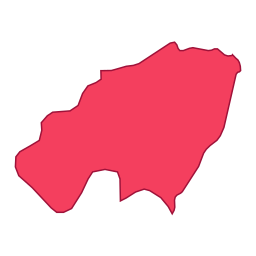 map outline of Bijeljina (Natural Earth projection)
{"feature_id": "BIH-4804", "entity_name": "Bijeljina", "entity_type": "state/province", "adm_level": 1, "iso_a3": "BIH", "parent_name": "Bosnia and Herzegovina", "parent_adm1": "", "projection": "natural_earth1", "projection_center": [19.107, 44.733], "detail": "fine", "context": "isolated", "style": "filled", "palette": "rose", "viewbox_px": 256, "rotation_deg": 0, "n_neighbors": 0, "source": "natural_earth", "source_scale": "10m", "svg_char_len": 1056}
<svg xmlns="http://www.w3.org/2000/svg" viewBox="0 0 256 256"><path d="M100.9,70.7L111.4,70.5L115.1,69.5L126.2,66.3L133.4,65.4L139.0,63.6L170.2,43.1L174.6,42.2L176.8,44.8L178.1,48.5L179.8,50.6L183.3,50.6L189.5,48.3L192.9,47.7L208.3,50.6L211.5,50.2L214.4,48.9L217.5,48.9L224.5,54.9L227.9,56.0L231.5,55.6L232.4,55.2L232.5,54.8L233.8,56.1L235.8,58.2L237.9,60.0L239.3,62.5L240.3,66.2L240.6,70.6L239.4,71.8L237.6,72.3L236.1,74.3L223.9,127.5L220.3,135.7L217.0,140.2L210.0,145.6L206.3,149.2L203.6,153.2L198.6,166.4L182.3,191.7L180.7,193.1L176.9,195.1L175.2,197.1L174.5,200.1L174.8,207.2L174.1,210.3L172.2,213.8L168.2,206.5L160.8,197.6L149.7,190.6L144.2,189.1L135.6,192.0L126.0,198.1L120.4,200.9L120.0,178.9L117.5,171.9L105.0,169.4L92.6,171.9L88.1,178.9L81.6,192.7L71.6,208.5L63.6,212.3L56.7,212.3L51.2,207.9L32.3,187.7L18.8,175.7L15.4,166.9L15.9,156.8L19.9,151.7L29.8,146.1L39.3,140.4L41.8,130.3L41.3,122.7L47.4,115.7L52.7,112.2L70.0,110.9L78.1,105.5L82.6,93.5L87.9,85.9L95.8,82.7L101.1,79.2L100.9,70.7Z" fill="#f43f5e" stroke="#9f1239" stroke-width="1.5"/></svg>